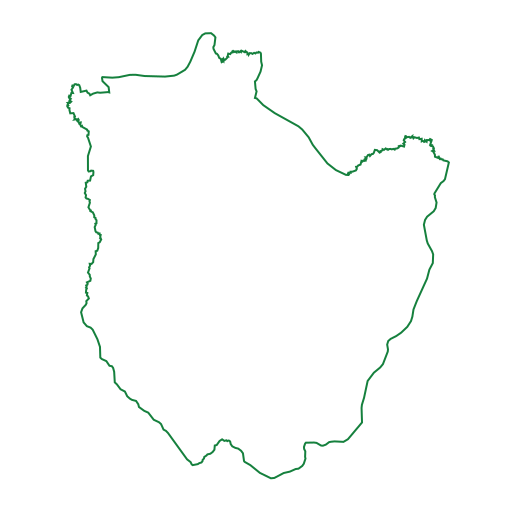 the district of Sa Bot, Lop Buri, Thailand, rotated 91°
{"feature_id": "78962969B19541644764840", "entity_name": "Sa Bot", "entity_type": "district", "adm_level": 2, "iso_a3": "THA", "parent_name": "Thailand", "parent_adm1": "Lop Buri", "projection": "mercator", "projection_center": [100.826, 15.236], "detail": "fine", "context": "isolated", "style": "outline", "palette": "green", "viewbox_px": 512, "rotation_deg": 91, "n_neighbors": 0, "source": "geoboundaries", "source_scale": "gbopen_adm2", "svg_char_len": 5987}
<svg xmlns="http://www.w3.org/2000/svg" viewBox="0 0 512 512"><g transform="rotate(91 256 256)"><path d="M420.6,147.1L406.1,147.8L402.9,147.5L395.9,145.5L379.0,142.2L370.6,136.1L365.3,129.9L361.9,127.2L349.3,122.6L347.1,122.4L342.3,123.3L338.7,122.3L336.5,119.9L333.6,114.4L330.1,109.5L324.2,103.5L318.4,99.9L313.9,98.6L306.7,97.6L298.4,94.5L275.6,84.6L266.6,82.4L260.0,79.1L251.3,78.9L248.1,80.1L240.5,84.5L237.5,85.5L221.8,88.7L217.0,87.6L213.7,85.6L208.2,79.1L204.9,77.2L199.4,76.4L194.0,78.2L192.3,78.1L191.3,78.8L190.4,78.7L179.9,72.5L177.8,69.8L175.9,68.4L159.1,64.8L158.0,66.1L157.1,70.4L156.1,71.0L156.1,72.5L155.4,73.0L155.8,73.9L153.4,75.0L153.5,75.4L154.7,75.8L153.6,78.8L151.6,78.9L148.5,80.6L147.9,81.7L147.1,80.6L147.4,79.8L145.4,80.6L145.1,80.1L143.3,81.0L142.9,82.8L142.1,82.3L141.9,83.8L139.2,83.0L138.1,83.5L138.0,82.6L136.9,82.3L136.0,84.0L137.1,84.8L137.1,87.2L138.7,87.4L137.3,89.1L138.8,89.3L139.0,89.9L138.3,90.3L138.0,91.6L138.4,92.3L135.9,92.4L136.3,94.7L134.7,95.2L135.2,97.1L134.5,99.6L135.5,100.6L134.4,101.0L134.7,102.2L133.6,102.0L135.1,103.9L134.2,105.0L134.7,107.9L133.7,108.0L133.5,108.7L134.6,109.1L135.6,108.5L136.7,110.0L137.8,110.3L139.4,108.9L141.1,110.7L142.1,109.5L144.0,109.9L143.1,113.2L143.6,113.6L143.4,114.7L143.7,115.2L144.4,114.9L145.2,115.4L146.0,116.8L146.3,118.8L147.2,119.2L146.5,120.5L147.0,122.2L146.6,123.2L146.7,124.6L147.5,125.8L146.8,126.3L147.1,127.0L146.2,128.2L147.6,129.8L147.0,131.3L148.2,131.4L149.0,133.4L149.8,133.1L150.5,134.2L148.1,136.7L147.8,139.0L150.8,140.0L152.0,141.0L152.1,142.2L154.0,143.8L152.7,144.5L153.1,145.8L155.3,147.1L155.4,148.2L156.7,147.2L157.2,147.4L157.3,148.5L158.7,148.0L158.9,148.8L158.1,149.4L159.0,149.8L158.9,150.7L159.7,151.2L159.1,152.2L162.8,153.1L163.6,155.3L165.0,156.4L165.1,157.4L167.1,156.7L168.7,157.6L170.0,161.0L170.1,162.9L171.2,162.8L171.1,165.1L172.1,165.5L172.9,164.5L173.4,164.9L173.3,167.5L168.7,177.6L162.2,186.2L147.1,198.6L143.8,201.2L136.4,205.4L128.7,212.0L125.6,215.8L112.8,239.8L105.0,251.4L98.4,258.1L98.0,259.8L91.4,258.3L89.0,259.3L81.5,260.1L80.2,258.6L78.5,257.7L71.6,254.7L65.2,253.3L61.6,254.2L53.7,254.6L52.6,255.1L51.9,257.0L52.7,257.5L52.5,259.1L53.5,260.1L52.9,261.4L54.0,263.1L53.3,264.1L53.3,265.9L54.8,266.8L54.0,267.0L54.4,268.1L52.7,268.2L51.9,269.3L52.3,270.1L51.4,270.3L52.2,271.3L51.0,274.1L52.3,274.5L51.6,275.3L52.5,276.1L52.1,276.8L52.5,277.3L51.6,277.5L51.8,279.4L52.6,279.5L51.9,280.6L52.3,281.1L51.3,282.5L51.8,283.2L52.8,282.9L53.2,284.4L54.6,285.3L54.1,287.3L56.5,287.8L57.2,287.3L57.3,287.9L56.5,288.5L58.0,288.0L60.3,290.2L60.6,291.1L59.8,291.6L61.6,291.8L60.1,292.9L61.4,293.4L62.4,292.9L62.8,293.7L59.4,294.7L58.6,296.2L56.0,297.3L54.5,298.6L54.2,299.7L49.6,302.1L47.9,302.3L45.8,301.2L38.1,300.4L36.3,301.8L34.0,304.8L34.3,310.6L36.0,313.6L41.4,317.5L52.8,321.0L62.9,325.1L68.0,327.7L71.1,330.2L76.1,338.3L77.1,341.0L78.2,350.1L78.0,370.5L76.9,379.6L77.1,385.3L79.6,396.3L80.2,402.8L79.8,412.7L80.6,413.1L83.9,412.5L89.7,406.3L95.0,405.6L94.7,406.8L95.5,414.7L95.2,417.5L96.5,421.7L98.2,424.6L96.6,425.4L95.6,427.3L93.6,428.4L95.0,434.1L90.9,434.7L88.3,435.7L87.7,436.8L88.1,437.8L87.3,439.0L87.5,440.4L88.9,441.0L88.7,442.5L89.6,442.8L90.7,441.9L93.0,443.4L96.2,441.9L96.1,443.4L99.2,444.2L98.9,445.5L100.2,445.9L102.0,444.0L102.3,444.4L102.0,445.1L103.4,444.4L104.3,445.3L105.0,443.6L106.2,444.8L106.3,446.8L106.9,446.3L108.4,447.2L108.9,446.4L109.8,447.2L111.0,446.5L111.5,445.0L113.2,445.1L116.6,444.2L116.3,441.0L119.6,439.5L120.0,440.1L121.1,440.0L121.8,439.1L122.7,439.8L122.4,438.2L123.2,437.6L122.1,436.2L123.1,435.6L124.5,436.6L125.7,435.2L125.5,433.6L126.1,433.7L126.3,434.9L126.8,435.1L127.8,433.9L129.3,433.3L128.9,432.3L129.9,432.1L132.6,427.0L133.5,426.9L134.3,425.4L137.8,425.6L138.2,426.8L139.5,426.9L140.5,426.1L149.4,423.0L159.0,425.8L173.3,425.5L174.4,424.8L174.1,422.9L173.5,422.4L173.7,420.3L174.9,420.0L178.0,420.2L179.3,422.4L183.5,423.2L183.7,425.6L185.3,425.9L185.7,427.5L189.7,426.9L191.8,428.1L194.3,427.6L196.0,428.3L198.1,427.0L200.5,427.4L201.5,426.5L201.7,425.2L202.9,423.1L204.5,423.4L205.6,423.0L210.2,424.4L213.0,422.7L213.3,422.0L214.1,422.3L215.2,419.9L218.2,418.4L220.1,418.4L220.8,417.1L221.8,417.1L223.0,416.1L226.1,416.1L226.5,417.2L227.7,416.8L229.9,417.8L234.0,416.9L235.1,416.1L235.4,414.6L236.6,414.0L236.2,412.8L237.8,412.4L237.8,411.7L239.9,412.1L240.9,411.6L241.2,412.0L242.2,411.1L245.0,412.5L245.8,413.9L250.8,413.9L253.5,414.8L254.0,416.4L257.2,416.2L261.9,418.5L265.0,418.7L266.8,420.3L266.7,422.1L268.5,421.7L270.3,422.7L271.2,422.2L275.5,423.7L277.7,421.9L279.4,421.8L281.4,420.8L283.7,421.2L285.3,424.6L286.7,423.8L287.8,424.2L288.4,425.3L289.8,424.8L290.7,425.4L291.4,424.6L292.7,425.2L295.6,425.4L295.9,424.0L298.4,424.4L299.3,423.2L301.4,422.4L304.1,424.9L306.1,424.6L307.7,425.3L311.4,428.6L315.3,429.9L325.4,427.2L329.1,423.9L330.5,420.1L332.5,418.0L342.0,413.1L349.6,410.4L360.3,409.9L361.7,408.4L363.7,403.8L368.3,400.6L368.7,398.2L370.4,396.9L374.2,395.8L384.8,395.0L386.8,392.8L391.6,389.1L393.8,384.7L398.5,382.3L400.9,379.5L402.0,377.5L403.0,373.4L406.3,371.1L409.0,370.4L412.8,365.0L414.5,361.0L421.5,355.4L423.9,350.1L425.7,348.0L431.2,345.4L432.4,343.0L434.5,340.9L460.5,321.4L463.2,317.8L465.4,316.7L466.2,315.7L465.1,310.5L464.1,309.1L463.4,306.9L462.0,305.9L460.8,305.8L459.4,304.5L457.8,304.2L456.4,302.1L455.2,301.1L454.5,298.2L452.7,295.9L450.4,294.2L446.2,293.9L445.7,292.0L441.6,289.2L439.9,286.7L441.4,284.4L440.8,282.4L441.6,281.5L441.0,280.5L441.2,279.4L442.0,278.6L444.5,278.0L446.7,276.4L448.2,273.4L448.9,270.4L451.0,267.5L453.5,265.6L461.2,264.4L462.0,263.8L465.2,258.0L472.8,248.3L478.0,237.2L477.6,233.8L472.5,224.5L471.0,218.4L468.3,212.6L467.9,209.8L465.1,206.1L462.9,204.6L457.7,203.0L456.0,203.4L450.4,203.3L448.1,204.5L446.1,204.7L442.9,203.7L441.8,202.9L441.5,194.7L441.8,192.2L444.4,187.6L444.5,185.8L443.4,182.9L440.8,179.6L440.4,177.6L440.0,174.2L440.3,165.3L437.6,160.9L420.6,147.1Z" fill="none" stroke="#15803d" stroke-width="2"/></g></svg>